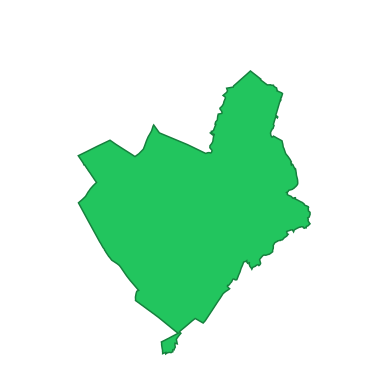 the district of Xochitepec, Morelos, Mexico, rotated 46°
{"feature_id": "50627088B57245332476204", "entity_name": "Xochitepec", "entity_type": "district", "adm_level": 2, "iso_a3": "MEX", "parent_name": "Mexico", "parent_adm1": "Morelos", "projection": "robinson", "projection_center": [-99.225, 18.765], "detail": "fine", "context": "isolated", "style": "filled", "palette": "green", "viewbox_px": 384, "rotation_deg": 46, "n_neighbors": 0, "source": "geoboundaries", "source_scale": "gbopen_adm2", "svg_char_len": 5894}
<svg xmlns="http://www.w3.org/2000/svg" viewBox="0 0 384 384"><g transform="rotate(46 192 192)"><path d="M247.0,101.5L247.2,102.0L245.3,101.5L242.4,100.5L241.9,100.5L241.7,100.9L241.6,101.3L241.6,101.7L240.5,101.1L240.6,100.7L239.2,100.2L239.3,99.6L238.6,99.4L237.2,99.0L236.3,98.8L233.2,98.3L229.8,98.0L228.9,97.7L224.3,95.5L223.3,95.3L222.9,95.1L222.7,94.9L221.3,93.9L220.4,93.3L219.7,92.9L217.7,91.7L216.1,92.2L211.7,93.6L210.2,94.0L208.4,94.6L208.5,95.1L208.5,95.6L208.3,96.0L208.0,96.3L207.6,96.3L207.2,96.1L206.3,96.1L205.6,95.7L204.9,95.0L204.2,94.7L203.4,93.4L203.1,92.5L202.7,91.1L202.6,90.9L202.4,90.5L202.5,90.2L202.6,89.9L202.6,89.5L202.0,88.5L201.2,86.8L199.9,86.5L198.1,83.3L195.9,79.3L196.6,79.3L198.0,79.2L197.6,78.3L197.6,78.2L194.9,78.3L193.6,75.9L188.3,66.6L187.9,65.2L187.7,64.5L187.4,64.9L186.6,63.6L185.8,62.2L186.1,62.1L184.2,58.6L183.0,58.6L180.2,59.8L178.4,60.5L178.4,60.2L178.2,60.0L177.8,59.9L177.4,59.9L177.0,59.7L176.2,59.0L175.9,58.9L175.5,59.0L175.0,59.2L173.7,59.5L172.9,59.7L171.8,59.2L171.3,59.7L170.4,60.7L170.0,60.8L169.6,60.9L167.2,63.5L159.4,64.7L158.7,64.7L158.6,64.1L145.5,65.9L145.5,67.0L144.6,88.4L145.2,89.4L144.3,90.7L141.4,95.0L143.9,96.2L144.4,97.8L144.1,102.6L146.7,102.2L147.6,102.6L149.2,106.3L150.5,108.3L151.1,110.8L151.1,113.7L152.1,114.3L153.9,114.4L155.5,115.0L156.2,116.0L154.2,119.0L155.3,120.8L157.8,123.8L158.0,126.3L159.2,128.3L159.9,127.9L160.3,128.8L160.5,128.9L160.7,129.7L162.2,132.9L162.5,133.1L162.5,134.1L162.4,135.4L161.8,135.9L162.3,136.6L162.8,136.8L163.2,136.7L162.9,137.3L162.4,137.5L162.3,137.8L165.2,137.5L165.2,136.8L165.5,136.1L166.1,136.1L166.4,136.8L166.8,137.6L168.8,140.3L169.9,141.6L170.4,142.6L170.9,144.5L171.2,146.9L172.6,148.4L176.0,148.7L176.5,149.4L176.9,150.2L177.0,151.4L175.7,152.2L174.9,153.0L173.7,155.4L154.9,162.3L126.8,174.4L117.2,173.0L117.6,174.3L119.9,178.5L120.3,179.7L121.3,183.1L121.6,184.3L121.9,185.3L123.4,188.9L126.3,194.8L127.4,197.3L127.6,203.6L126.9,208.4L121.7,209.6L114.3,211.4L104.6,213.7L97.8,215.0L93.3,228.4L89.8,239.6L86.9,248.6L95.4,250.1L97.3,250.8L97.5,250.9L97.9,250.4L99.6,250.7L102.0,251.2L102.7,251.2L104.2,251.6L107.7,252.1L110.8,252.7L112.7,253.0L115.8,253.6L118.8,254.0L118.8,258.5L119.1,262.7L119.6,265.0L119.8,266.5L121.1,271.2L121.2,271.7L121.2,276.0L121.1,277.8L121.0,279.4L120.9,281.2L142.1,287.1L164.1,293.1L164.9,293.2L170.3,294.6L172.1,294.7L172.9,295.2L173.0,295.2L174.1,295.4L174.4,295.4L175.3,295.7L179.8,296.5L180.1,296.6L180.7,296.7L181.3,296.6L185.2,297.1L186.6,296.8L187.3,296.6L191.9,295.6L192.7,295.5L194.3,295.3L196.4,295.5L207.0,297.3L212.6,297.9L225.7,298.7L225.2,299.9L225.1,300.8L226.1,302.6L228.3,305.7L230.3,307.4L230.8,308.0L258.8,303.2L279.8,300.7L284.0,300.1L280.1,313.4L278.6,318.2L279.7,318.9L280.2,319.4L280.9,320.1L281.5,320.5L283.6,322.0L285.5,323.2L285.9,323.7L287.0,324.5L287.9,325.4L288.4,324.2L289.2,322.3L290.2,323.3L290.6,321.3L291.8,319.5L293.0,318.7L293.2,317.8L293.6,316.7L292.8,316.1L292.2,315.5L293.1,314.6L292.5,313.6L292.0,311.8L290.2,310.6L289.0,309.2L291.0,308.1L287.1,305.6L286.9,305.0L286.2,301.1L286.0,299.1L285.9,298.1L284.2,298.3L283.9,298.3L283.8,296.5L284.4,288.1L284.7,283.2L284.8,281.3L285.2,277.6L287.7,276.8L294.0,275.0L293.8,271.9L290.9,258.9L288.7,249.3L288.0,245.7L286.7,240.4L286.8,239.4L286.7,239.1L287.1,235.8L287.3,235.2L287.7,232.6L287.7,232.1L286.3,232.3L285.8,232.1L285.0,232.2L284.3,232.0L283.9,231.2L284.5,230.5L284.6,229.7L284.2,227.6L284.1,225.6L283.8,225.2L283.3,223.7L283.2,222.9L283.9,222.2L285.2,222.0L285.4,221.8L285.9,220.9L286.1,220.9L286.2,220.7L285.9,219.9L284.1,216.1L282.9,213.1L281.0,209.7L280.0,207.1L279.3,205.6L278.4,203.8L278.3,203.4L279.3,201.4L279.4,200.3L280.9,201.4L281.2,201.3L281.5,201.3L281.9,201.5L282.7,199.8L282.9,199.9L283.3,200.7L283.7,201.2L284.6,201.4L285.7,202.0L287.8,202.2L289.1,202.6L288.4,200.7L289.5,197.8L289.4,197.5L289.3,197.2L289.8,195.6L290.1,195.0L291.4,195.0L291.5,193.8L291.2,192.5L290.6,191.9L289.9,191.7L289.1,191.1L287.7,190.5L287.4,189.5L287.1,187.2L287.1,186.4L287.0,185.7L287.0,185.2L287.1,184.6L287.4,184.0L288.0,183.5L288.4,183.2L289.0,182.4L289.6,181.0L289.9,180.4L290.3,180.0L290.7,178.4L291.0,175.5L289.7,174.2L289.2,173.0L288.0,171.6L286.9,170.8L286.0,167.6L286.8,164.7L286.7,164.3L287.7,162.7L288.0,162.0L288.4,161.9L288.4,161.5L288.5,161.3L288.5,161.1L288.7,160.7L288.8,160.6L289.1,160.3L289.1,160.0L289.2,159.9L289.1,158.7L289.0,158.2L289.1,156.8L289.5,154.6L289.2,152.2L288.3,152.6L286.3,151.5L286.3,151.0L287.8,147.8L287.9,147.4L288.9,146.1L289.0,146.1L291.2,146.6L291.0,146.2L290.9,145.9L290.4,145.5L290.5,144.0L291.1,141.7L292.0,139.0L292.5,138.6L292.7,137.8L293.4,137.0L293.9,136.7L294.2,136.4L295.3,136.7L296.1,136.4L296.3,135.2L296.7,135.2L297.1,134.9L296.4,133.6L296.3,133.4L296.5,133.0L296.9,132.1L296.9,129.3L296.8,129.1L296.0,129.1L294.0,128.7L293.3,128.4L293.0,128.2L292.7,127.7L292.2,127.2L291.7,127.1L291.5,126.9L291.0,126.7L291.1,126.3L291.2,125.8L291.4,125.4L291.4,124.9L290.9,124.2L290.2,122.7L288.6,121.2L286.4,121.4L285.9,120.8L284.8,120.1L284.5,119.7L284.1,119.1L284.0,118.8L283.5,118.6L283.4,118.6L283.0,118.7L282.4,118.9L279.8,120.0L279.4,120.0L278.3,119.8L278.3,119.7L277.0,119.8L275.5,120.1L274.8,120.5L272.8,121.1L272.5,121.2L267.1,123.1L267.1,122.6L268.0,121.7L267.9,121.6L267.1,122.5L266.9,123.6L266.4,123.8L264.6,123.7L264.1,123.7L261.3,124.9L260.1,125.2L259.8,125.0L258.6,123.7L258.1,124.1L258.1,123.7L258.4,122.6L258.4,122.3L258.0,121.3L258.3,120.7L259.5,118.5L259.8,117.8L259.9,116.8L260.0,116.3L260.1,116.2L260.1,114.3L260.2,113.4L260.1,112.9L260.1,112.7L260.0,111.7L259.9,111.3L259.7,110.6L259.5,110.2L258.9,109.7L258.7,109.4L257.9,108.7L257.7,108.7L257.1,108.0L255.8,107.1L254.7,106.5L254.3,106.2L253.4,105.8L252.2,105.0L251.2,104.2L250.4,103.6L249.7,103.1L249.3,102.9L248.7,102.4L248.2,102.0L247.6,101.8L247.3,101.9L247.2,101.5L247.0,101.5Z" fill="#22c55e" stroke="#15803d" stroke-width="1.5"/></g></svg>